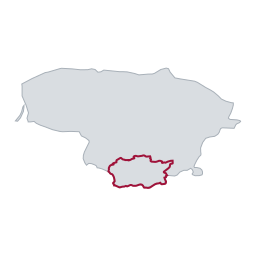 Lithuania, with Alytaus highlighted
{"feature_id": "LTU-1067", "entity_name": "Alytaus", "entity_type": "County", "adm_level": 1, "iso_a3": "LTU", "parent_name": "Lithuania", "parent_adm1": "", "projection": "equal_earth", "projection_center": [24.158, 54.224], "detail": "fine", "context": "in_parent", "style": "outline", "palette": "rose", "viewbox_px": 256, "rotation_deg": 0, "n_neighbors": 0, "source": "natural_earth", "source_scale": "10m", "svg_char_len": 4452}
<svg xmlns="http://www.w3.org/2000/svg" viewBox="0 0 256 256"><path d="M86.5,165.2L84.9,162.9L83.2,158.7L83.4,155.3L84.4,152.0L89.2,142.2L89.0,140.6L85.6,137.9L81.4,135.9L79.2,131.7L70.7,131.4L62.7,131.7L60.2,131.5L52.6,129.7L45.3,126.9L40.4,125.2L36.3,123.3L34.1,121.4L30.6,121.9L28.2,121.9L28.2,121.6L27.0,118.2L28.5,112.9L26.1,105.2L22.1,96.0L22.1,86.2L21.8,84.0L32.2,78.5L45.2,72.6L48.1,72.1L60.0,68.6L61.6,68.3L72.3,68.9L80.6,69.8L87.7,69.7L91.6,68.8L95.1,69.5L97.9,72.2L100.9,71.8L103.8,70.1L119.6,71.7L123.1,71.7L127.2,71.9L134.6,73.5L138.9,74.9L148.2,74.1L152.3,74.0L154.4,73.4L160.8,69.5L163.6,68.8L166.2,68.1L168.5,68.7L170.1,72.1L174.9,77.9L180.2,78.9L194.6,81.2L197.5,82.4L205.7,87.5L210.6,90.1L213.8,92.1L218.5,96.1L221.3,99.0L225.9,101.2L231.4,102.7L233.3,102.9L233.3,105.0L232.4,108.6L230.7,113.2L228.8,116.8L228.4,118.2L229.9,119.4L237.0,119.9L240.0,120.6L240.6,121.5L239.1,122.8L236.8,123.8L235.8,124.8L234.1,128.3L222.2,127.8L220.6,128.6L219.9,130.2L219.3,132.1L217.8,134.3L214.7,136.3L209.7,137.0L205.7,138.3L202.7,142.4L200.6,147.9L200.7,151.8L201.0,154.0L200.7,155.3L199.2,156.6L196.8,160.3L194.8,164.3L194.0,166.4L194.4,167.5L196.7,167.5L200.0,168.3L201.8,169.9L202.5,171.8L202.5,173.8L201.9,174.9L199.3,175.6L195.1,175.7L192.6,174.7L192.1,174.0L193.3,172.1L192.4,169.7L190.7,168.3L187.2,170.3L183.8,170.3L179.8,172.1L177.2,175.0L174.7,176.0L167.8,175.4L166.1,176.7L164.8,182.5L163.9,183.7L158.2,183.4L152.7,185.7L146.5,187.6L143.3,186.3L141.6,184.8L138.2,185.1L134.5,185.7L132.0,185.4L129.2,185.5L123.8,186.7L117.0,186.3L114.1,185.3L113.9,184.4L114.1,182.1L114.0,178.6L113.0,175.5L109.8,172.8L106.4,170.8L102.1,168.9L98.9,168.0L97.1,167.8L96.7,166.6L96.1,165.6L94.6,164.8L91.4,163.6L88.7,163.4L86.5,165.2ZM17.6,121.2L15.4,120.9L19.9,115.4L21.6,111.9L22.9,106.9L24.0,105.3L23.9,107.6L23.4,111.4L20.5,117.8L17.6,121.2Z" fill="#d9dde1" stroke="#a8b0b8" stroke-width="1"/><path d="M167.1,175.4L166.0,175.9L165.8,176.2L165.8,176.6L165.9,176.9L165.9,177.1L165.1,177.4L164.8,177.8L164.5,177.8L164.7,178.7L165.1,179.7L165.6,180.5L166.0,181.5L165.9,182.8L165.4,183.6L164.7,183.9L162.2,184.2L161.5,184.2L160.9,183.7L160.4,182.8L160.3,182.7L160.2,182.7L159.1,183.3L156.6,183.6L154.7,184.4L150.2,187.4L148.8,187.9L147.4,187.9L146.2,187.6L144.9,187.7L144.1,187.6L143.7,187.1L143.0,185.7L141.9,184.7L140.7,184.4L139.4,184.6L137.0,185.5L135.9,185.8L133.4,185.8L132.8,185.7L131.6,185.1L131.0,185.0L130.4,185.0L127.5,186.3L127.2,186.3L126.8,186.3L126.2,186.0L125.9,185.9L125.3,186.1L124.6,186.5L122.2,186.7L120.3,187.3L119.7,187.4L119.0,187.2L115.5,185.6L114.2,185.4L114.3,185.1L114.4,184.8L114.3,184.6L114.0,184.4L113.6,184.1L113.3,183.8L113.1,183.3L113.2,182.8L113.4,182.6L113.6,182.4L114.0,182.1L114.6,181.4L114.6,180.3L114.1,178.0L113.8,177.0L113.3,175.9L112.8,175.0L112.2,174.3L111.8,174.1L111.0,173.9L110.6,173.7L110.2,173.4L109.5,172.4L109.2,172.0L108.5,171.5L108.6,170.6L109.0,169.1L108.9,168.8L108.8,168.4L108.8,168.1L108.9,167.8L109.2,167.3L109.3,166.9L109.8,166.0L110.5,165.4L111.0,165.1L112.0,164.8L113.2,164.6L113.5,164.5L113.6,164.2L113.0,163.9L112.8,163.7L113.1,163.4L113.5,163.1L116.4,162.3L116.5,162.0L116.5,161.8L116.4,161.3L116.4,160.9L116.5,160.5L116.7,160.1L117.1,159.9L120.3,158.0L120.7,157.9L121.1,158.0L121.7,158.5L122.1,158.9L122.8,159.4L124.8,159.8L125.2,160.1L128.8,160.0L128.8,160.3L129.5,160.2L130.5,159.8L131.8,159.0L134.1,158.4L134.3,158.2L134.3,157.9L134.2,157.8L133.9,157.6L133.7,157.4L133.6,157.2L133.6,156.9L133.7,156.7L133.8,156.5L133.9,156.4L134.2,156.3L134.4,156.1L135.3,155.9L136.1,155.9L136.8,156.1L137.2,156.2L137.6,156.3L137.9,156.4L142.1,155.8L142.9,155.5L143.7,155.4L144.3,155.5L145.1,155.9L145.4,156.3L146.1,156.5L146.7,156.6L150.1,156.3L150.5,157.4L150.4,157.7L150.4,158.1L150.2,158.2L150.1,158.4L150.1,158.5L150.8,159.0L151.0,159.4L150.8,160.1L150.6,160.5L150.6,160.9L150.8,161.2L151.5,161.6L155.0,161.9L155.6,161.9L156.9,161.6L157.4,161.4L158.3,161.1L159.0,160.8L159.5,160.8L160.6,160.9L161.7,161.3L162.0,161.5L162.0,162.0L161.9,162.3L162.0,162.6L162.2,162.9L162.6,162.9L163.0,162.8L163.6,162.5L164.1,162.4L164.8,162.5L165.3,162.7L165.7,162.6L167.6,161.7L170.7,160.8L172.6,160.7L172.7,162.9L172.7,163.1L172.6,163.4L171.9,163.7L170.8,163.8L170.4,164.0L170.1,164.4L170.0,165.0L169.8,166.5L169.5,167.2L168.1,168.5L164.0,171.6L163.8,172.0L164.0,172.4L164.4,172.7L165.3,173.0L165.7,173.2L166.0,173.4L166.1,173.7L166.4,174.4L167.1,175.4L167.1,175.4Z" fill="none" stroke="#9f1239" stroke-width="2"/></svg>